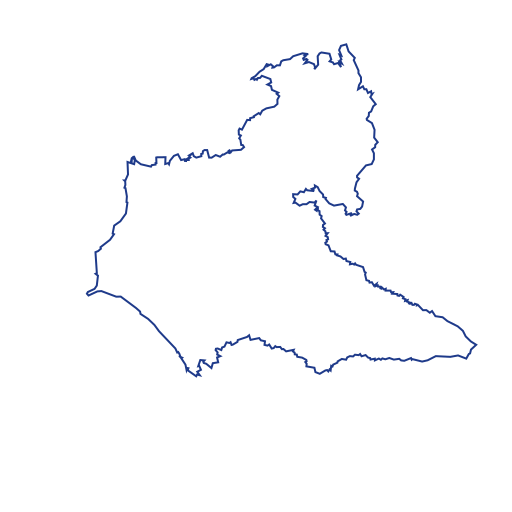 Kendal, Jawa Tengah, Indonesia, rotated 248°
{"feature_id": "22746128B21241240008354", "entity_name": "Kendal", "entity_type": "district", "adm_level": 2, "iso_a3": "IDN", "parent_name": "Indonesia", "parent_adm1": "Jawa Tengah", "projection": "natural_earth1", "projection_center": [110.154, -7.019], "detail": "fine", "context": "isolated", "style": "outline", "palette": "blue", "viewbox_px": 512, "rotation_deg": 248, "n_neighbors": 0, "source": "geoboundaries", "source_scale": "gbopen_adm2", "svg_char_len": 6148}
<svg xmlns="http://www.w3.org/2000/svg" viewBox="0 0 512 512"><g transform="rotate(248 256 256)"><path d="M180.3,219.5L178.7,228.2L176.0,228.9L173.6,232.4L170.4,230.6L168.6,233.1L169.0,235.1L164.3,235.9L164.0,237.9L165.2,240.1L163.8,241.0L162.6,244.4L159.9,245.1L159.5,246.6L156.3,248.2L154.9,255.8L153.7,254.5L152.0,255.6L150.3,255.1L149.3,256.9L147.1,256.5L144.5,260.7L140.8,263.7L139.5,263.5L139.2,262.0L137.1,262.6L134.8,261.4L130.5,268.3L126.1,267.6L122.9,271.0L123.9,277.4L123.6,279.2L121.9,279.8L123.3,281.7L121.9,282.3L126.0,284.6L124.9,285.5L126.4,286.9L126.6,291.5L127.7,292.2L128.4,297.0L126.1,300.7L127.8,302.6L128.0,305.5L126.5,308.4L127.4,310.8L125.6,314.1L126.1,315.8L123.5,316.3L123.1,320.5L119.8,321.9L118.6,323.6L117.1,323.4L116.3,327.7L114.7,327.1L114.9,331.5L113.0,332.9L113.7,334.8L111.8,337.2L111.5,341.4L108.3,345.0L107.0,350.3L104.8,351.5L103.3,354.2L103.3,361.5L101.5,361.5L101.8,362.4L95.9,370.5L95.0,376.1L95.8,385.2L89.7,398.4L88.1,406.1L82.1,412.5L85.4,416.6L85.5,418.0L88.7,420.3L91.2,426.9L96.3,423.2L102.9,420.3L109.1,419.8L115.2,416.7L123.9,409.1L129.3,406.1L133.0,399.8L139.0,398.6L138.3,395.9L142.0,393.7L143.2,390.5L150.0,387.8L150.0,386.6L150.8,387.0L152.2,385.4L151.5,384.3L152.1,382.7L154.2,382.6L154.0,380.8L154.6,380.2L155.2,381.2L157.1,379.0L158.3,380.0L158.5,377.4L159.9,378.4L161.7,376.4L162.7,377.5L166.1,375.2L165.4,373.8L166.4,372.4L167.8,372.8L170.0,368.2L171.1,369.6L171.7,367.7L173.5,367.8L175.4,363.2L177.0,364.0L177.0,362.2L179.6,361.0L178.7,360.1L179.5,359.2L181.0,359.8L181.9,357.7L183.2,357.9L183.2,355.8L185.0,357.3L184.2,354.3L188.3,353.6L188.8,351.3L190.6,351.5L192.2,349.3L198.0,350.2L199.5,351.5L200.6,350.7L205.6,351.1L210.4,345.5L212.0,345.1L211.3,343.8L212.6,342.8L213.1,340.0L215.1,341.2L217.4,338.0L220.0,338.3L220.4,336.0L223.9,334.2L226.3,331.3L227.0,332.0L227.9,330.2L230.8,330.5L232.4,327.1L238.7,327.2L240.8,325.0L242.3,325.2L242.8,327.2L244.4,327.3L244.5,329.1L246.7,329.6L248.6,328.0L250.3,331.0L251.0,329.1L252.9,329.6L255.1,328.5L255.9,330.3L257.9,328.9L259.7,329.8L260.3,332.1L266.5,330.4L268.4,331.8L270.5,330.5L273.8,331.7L275.4,330.4L276.5,331.0L276.6,329.7L275.3,329.1L276.8,328.1L278.3,331.5L280.8,329.3L284.8,332.8L283.6,330.3L286.0,325.9L285.1,322.2L286.5,318.7L286.3,315.3L290.7,312.6L291.1,310.8L294.2,313.9L296.8,312.6L299.4,313.6L297.5,317.6L299.3,321.3L297.2,324.3L299.5,327.4L297.8,328.0L294.8,333.5L295.6,334.2L297.3,333.0L297.3,336.4L299.3,337.0L296.7,339.0L292.4,339.3L287.9,341.2L285.4,340.4L283.7,342.6L282.8,341.8L277.4,343.6L273.5,347.2L271.7,356.0L267.4,357.6L264.9,355.6L263.0,356.5L261.6,354.9L260.3,355.2L260.0,360.2L259.0,360.4L257.9,358.3L258.2,362.8L256.3,365.3L256.8,367.1L259.8,365.9L261.3,367.2L260.6,370.3L262.1,372.9L266.4,375.7L273.6,372.1L275.6,373.7L277.7,373.7L279.7,372.1L281.5,373.0L286.7,376.8L289.0,380.5L291.0,379.2L292.5,379.7L298.8,391.9L297.9,397.7L301.4,401.5L307.1,403.8L311.3,403.5L312.2,407.2L314.4,408.2L315.9,411.5L321.5,409.9L328.6,413.2L335.8,413.3L340.6,409.8L341.8,410.0L343.6,413.0L346.5,414.4L346.9,416.9L350.9,420.8L351.9,423.9L360.5,421.5L362.8,424.7L362.8,423.7L365.6,424.4L365.2,420.9L369.3,420.8L370.0,418.9L373.3,418.7L372.3,413.1L375.9,415.6L378.1,418.6L382.4,420.3L387.2,419.5L389.6,420.5L401.0,420.0L402.7,421.8L411.0,418.5L418.4,419.0L419.0,413.5L415.8,410.2L409.9,410.2L411.3,408.8L406.3,408.8L405.9,407.3L402.3,407.7L404.6,405.9L399.3,405.6L404.2,404.4L404.6,400.2L406.7,399.8L408.9,397.2L410.1,399.4L416.0,399.9L420.2,392.9L420.0,390.8L418.1,388.0L410.1,385.3L407.3,380.1L408.9,381.5L412.2,381.6L416.0,377.7L416.4,373.4L418.6,377.2L419.8,376.6L420.0,373.7L421.6,373.7L422.8,376.8L423.8,376.2L423.7,380.0L426.5,375.0L427.3,365.3L425.8,361.3L427.3,354.6L427.0,352.3L423.8,349.6L425.0,346.8L424.1,343.4L424.5,341.8L425.7,342.8L428.2,341.5L427.8,338.0L429.0,338.9L429.9,337.8L426.4,333.1L425.5,328.3L423.0,322.7L422.5,318.6L421.9,318.0L421.7,320.4L419.9,320.5L420.1,322.4L419.1,322.9L420.3,324.5L419.6,326.5L420.9,328.9L414.7,335.6L411.2,335.1L410.7,330.8L407.9,333.6L404.1,333.0L399.1,337.8L398.6,335.9L395.5,337.5L393.0,334.4L389.0,332.9L387.6,328.9L389.0,320.9L388.4,316.2L385.8,313.0L387.5,312.1L386.4,306.2L385.5,306.0L386.0,302.2L384.2,301.4L385.5,298.8L378.4,290.3L380.3,288.5L379.0,287.0L375.0,285.6L373.4,287.1L371.4,284.5L369.7,285.1L364.5,283.9L363.8,285.3L361.4,285.7L360.1,281.8L362.8,273.4L361.6,271.4L363.9,271.0L363.7,269.9L361.8,269.5L362.8,268.3L362.1,264.1L362.6,263.2L361.5,259.9L364.7,256.5L363.8,251.7L364.8,249.4L372.5,250.4L373.5,247.9L373.1,246.1L370.9,244.9L371.1,243.4L369.0,242.7L369.6,237.5L371.9,235.7L375.0,235.8L374.4,232.1L373.9,232.8L372.7,230.8L371.8,231.7L371.5,230.0L370.2,229.6L370.7,228.3L371.9,228.6L371.7,227.3L370.3,226.7L370.8,225.7L372.5,226.0L373.0,222.5L379.6,221.7L379.6,217.4L376.5,211.8L373.6,209.7L375.0,209.4L375.3,206.3L381.5,209.1L384.6,201.2L384.7,200.4L379.5,198.5L379.8,197.7L378.4,197.1L379.3,193.4L378.2,192.1L384.2,183.6L389.6,180.3L393.7,180.2L393.9,179.4L393.2,177.4L390.2,175.3L389.9,176.0L392.7,177.4L392.7,179.1L390.1,179.5L386.8,177.4L391.3,172.1L379.6,167.9L375.0,163.2L375.4,162.2L374.2,162.7L370.8,161.5L368.6,159.6L367.8,160.4L359.6,158.6L354.5,156.1L353.7,156.8L344.1,151.3L339.0,143.2L337.3,135.9L330.5,131.5L329.4,132.5L325.7,126.7L322.4,115.1L320.9,114.9L319.7,111.5L319.7,108.6L299.7,102.0L299.6,100.6L297.0,102.1L288.2,97.3L286.0,94.0L285.6,86.6L284.4,85.1L282.1,85.9L282.6,95.7L281.4,99.5L270.7,111.1L269.0,115.4L252.7,125.3L247.9,127.7L245.6,127.2L238.1,132.4L230.1,136.0L222.6,137.9L200.5,146.6L196.0,146.8L196.1,147.9L194.1,148.3L191.5,148.2L191.3,146.7L191.4,147.7L189.4,149.4L189.2,148.4L181.7,149.9L176.3,148.9L177.9,150.3L177.3,151.3L175.6,149.9L166.9,155.5L168.2,157.0L166.5,159.2L170.7,158.2L171.1,162.3L175.4,162.2L175.5,161.2L180.4,165.4L178.5,169.1L177.7,167.5L176.4,167.5L174.7,169.5L168.8,172.7L172.8,175.8L171.6,181.1L176.5,181.9L176.5,185.4L179.2,183.1L181.0,184.3L183.9,183.3L185.0,184.1L184.6,185.8L181.8,188.6L183.9,190.3L183.8,192.8L187.0,196.3L185.3,198.8L185.6,200.1L182.7,200.0L182.5,201.2L183.3,206.6L184.9,207.6L184.3,217.4L185.1,219.9L180.3,219.5Z" fill="none" stroke="#1e3a8a" stroke-width="2"/></g></svg>